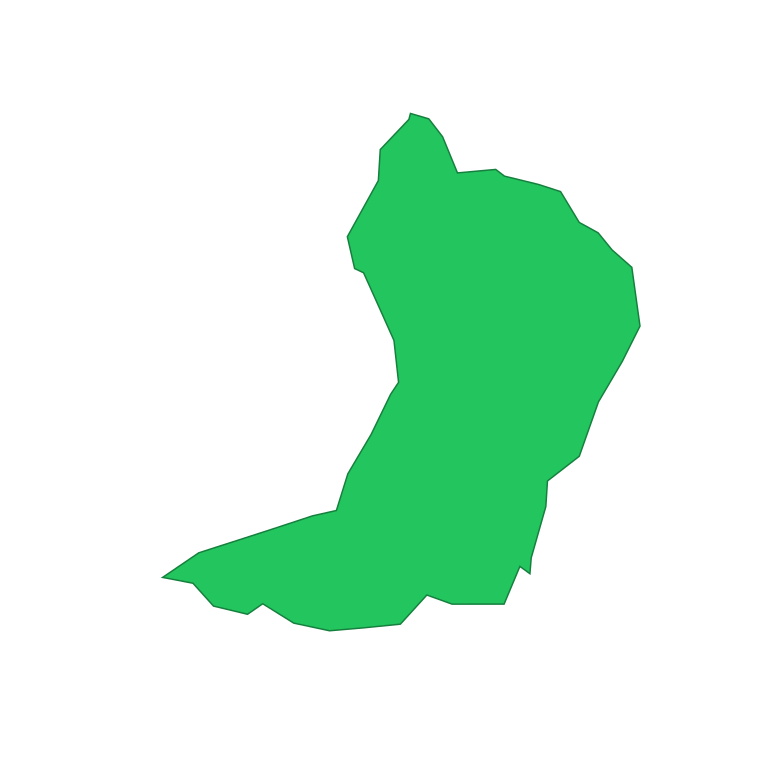 Agia Marinouda, Paphos, Cyprus (orthographic projection), rotated 341°
{"feature_id": "46923920B24461957866054", "entity_name": "Agia Marinouda", "entity_type": "district", "adm_level": 2, "iso_a3": "CYP", "parent_name": "Cyprus", "parent_adm1": "Paphos", "projection": "orthographic", "projection_center": [32.475, 34.762], "detail": "fine", "context": "isolated", "style": "filled", "palette": "green", "viewbox_px": 768, "rotation_deg": 341, "n_neighbors": 0, "source": "geoboundaries", "source_scale": "gbopen_adm2", "svg_char_len": 771}
<svg xmlns="http://www.w3.org/2000/svg" viewBox="0 0 768 768"><g transform="rotate(341 384 384)"><path d="M460.2,610.9L466.6,596.3L497.1,552.6L507.0,528.9L545.1,515.9L580.9,470.8L616.7,440.2L644.9,412.6L656.3,354.4L643.3,331.5L635.7,310.8L621.2,294.8L613.6,259.6L595.3,245.8L565.6,226.7L559.5,217.5L522.2,208.3L519.9,169.3L512.7,147.9L497.1,136.8L493.7,141.9L456.8,161.1L444.9,189.8L397.3,232.8L393.8,265.3L400.9,272.2L404.3,309.2L407.6,346.1L398.3,387.2L386.9,395.9L355.4,427.5L320.6,457.1L297.8,488.1L273.7,485.4L223.5,484.7L153.9,483.3L111.7,494.8L138.5,510.2L150.5,538.5L180.0,557.3L197.8,552.3L220.8,580.7L252.2,599.6L285.7,608.0L321.3,616.4L355.8,597.5L376.7,614.3L425.9,631.2L453.1,600.7L460.2,610.9Z" fill="#22c55e" stroke="#15803d" stroke-width="1.5"/></g></svg>